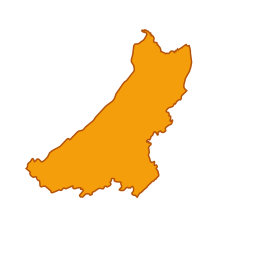 the Region of Brest, rotated 132°
{"feature_id": "BLR-2338", "entity_name": "Brest", "entity_type": "Region", "adm_level": 1, "iso_a3": "BLR", "parent_name": "Belarus", "parent_adm1": "", "projection": "robinson", "projection_center": [25.618, 52.455], "detail": "fine", "context": "isolated", "style": "filled", "palette": "amber", "viewbox_px": 256, "rotation_deg": 132, "n_neighbors": 0, "source": "natural_earth", "source_scale": "10m", "svg_char_len": 5813}
<svg xmlns="http://www.w3.org/2000/svg" viewBox="0 0 256 256"><g transform="rotate(132 128 128)"><path d="M141.7,159.3L126.5,159.1L118.7,157.5L116.6,157.5L114.5,158.1L110.3,159.8L97.4,161.4L96.4,161.4L93.6,160.8L82.1,161.6L81.1,161.8L80.1,162.7L78.4,164.6L77.7,165.8L76.6,169.6L75.3,171.0L70.0,173.8L63.0,178.7L61.2,179.0L59.9,178.0L58.6,176.7L56.8,176.2L55.6,176.1L52.4,175.3L51.3,175.3L46.8,176.2L46.2,176.5L45.7,176.8L45.2,177.6L45.1,178.1L46.6,181.4L46.7,181.9L46.5,182.8L46.1,183.0L45.6,182.7L45.5,181.9L44.1,181.4L43.5,180.5L44.2,180.5L43.2,179.1L42.8,178.3L42.6,177.5L42.9,175.9L42.8,175.3L42.3,174.9L42.3,174.5L43.0,174.3L43.6,173.7L43.1,173.0L43.0,172.7L43.6,172.3L43.5,172.0L43.0,171.3L43.3,169.9L43.7,168.9L44.5,168.2L45.5,167.7L46.4,167.0L46.9,165.7L46.0,164.8L45.3,163.7L45.9,163.2L46.1,161.9L46.6,161.7L46.6,161.4L46.3,161.3L46.6,160.6L46.7,158.8L47.0,157.7L47.9,156.1L48.5,155.3L49.2,154.9L48.7,153.9L48.1,151.7L47.7,151.0L47.7,150.3L47.5,149.6L46.5,149.2L45.7,147.9L44.8,147.5L42.7,147.5L41.8,147.3L40.5,145.3L40.7,145.1L40.8,144.4L40.7,143.9L39.9,144.5L39.1,144.0L39.0,143.7L38.3,144.3L37.9,144.2L37.5,143.9L36.9,143.7L36.2,143.9L36.4,143.3L36.4,142.9L35.5,142.8L32.6,142.0L32.0,141.5L31.3,141.7L28.0,141.0L27.0,140.5L27.4,139.5L27.2,138.7L26.7,138.1L25.9,137.6L28.1,134.3L29.0,133.2L30.8,131.5L36.5,124.8L40.6,122.2L44.7,120.3L52.4,118.6L58.5,115.4L60.4,113.7L61.0,111.2L60.9,109.4L61.8,109.3L67.9,109.7L68.8,109.4L70.2,108.4L71.2,107.9L71.6,107.9L72.1,108.0L72.7,108.9L73.6,109.2L76.1,109.5L78.3,108.9L78.7,109.1L78.9,109.7L79.1,109.8L79.3,109.9L80.2,109.5L81.3,109.2L81.8,109.2L82.4,109.3L84.4,110.4L85.0,110.9L86.0,111.3L87.2,111.4L88.3,111.4L89.4,111.2L89.9,110.9L90.1,110.6L90.1,110.2L90.0,109.3L89.4,108.5L89.4,108.1L90.2,106.6L91.4,105.9L91.5,105.5L91.4,105.1L90.7,104.3L90.7,104.2L92.2,102.8L94.2,101.8L94.5,101.5L94.6,101.3L94.5,100.9L94.4,100.8L92.6,100.5L92.5,100.3L92.4,100.2L92.8,99.7L95.0,98.7L96.1,98.5L98.9,99.6L101.3,100.1L102.9,100.1L103.6,99.8L104.4,98.6L104.8,98.2L105.2,98.1L105.5,98.1L107.2,98.5L107.9,99.0L108.5,99.9L108.7,100.7L108.4,101.7L108.7,102.0L110.6,102.6L111.2,102.7L111.7,102.5L112.2,101.7L112.6,101.2L113.2,101.2L113.4,101.3L113.5,101.5L113.4,101.7L112.8,103.4L112.7,103.8L113.0,104.5L112.8,105.4L113.0,105.6L113.3,105.8L113.9,105.9L114.2,105.9L114.9,105.5L116.7,104.9L117.3,104.9L118.5,105.1L119.2,105.1L120.3,104.4L121.9,104.0L122.3,104.0L122.5,104.7L122.6,104.8L123.1,105.2L124.6,105.6L125.2,105.5L125.7,105.1L125.8,104.6L125.6,104.3L124.8,104.0L124.5,103.7L124.4,103.1L124.5,102.9L125.1,102.6L125.2,102.4L125.2,102.2L124.3,101.6L124.1,101.2L124.0,100.8L124.2,100.5L124.4,100.2L125.0,99.9L125.4,99.8L126.2,100.0L127.1,100.1L129.0,99.5L129.5,99.0L129.5,98.7L129.7,98.3L130.6,97.4L131.6,96.2L132.1,95.8L134.5,94.7L134.9,94.2L136.0,91.7L137.5,89.6L137.9,88.5L137.9,87.8L137.4,87.1L136.8,86.6L135.6,86.3L135.4,86.2L135.3,85.8L135.6,85.4L137.3,84.3L137.9,83.8L138.0,83.3L137.8,83.0L136.8,82.4L136.5,82.1L136.5,81.9L136.8,80.9L137.2,80.3L137.5,80.2L138.8,80.1L139.4,79.8L139.5,79.4L139.9,77.3L140.1,76.8L141.4,75.0L141.9,74.2L142.7,73.4L143.0,73.2L143.4,73.1L145.1,73.3L146.9,73.0L147.4,73.2L148.0,73.5L148.4,73.6L149.5,73.4L150.3,73.5L151.0,74.0L151.5,74.2L157.9,74.6L158.9,74.4L159.9,74.3L162.3,74.8L166.2,75.0L167.4,75.2L168.6,75.7L169.8,75.6L173.3,74.9L173.1,77.5L173.4,78.0L174.1,78.8L174.3,79.3L174.4,80.7L174.3,81.1L174.0,81.4L173.5,81.6L171.4,81.7L170.6,82.1L169.6,83.0L168.8,84.1L168.4,84.9L168.3,85.3L168.7,85.8L169.2,86.0L170.0,86.1L170.8,86.0L171.1,86.1L171.4,87.0L172.3,87.6L172.5,88.6L172.8,89.0L173.7,89.3L176.8,89.4L177.4,89.6L178.9,91.0L179.7,92.4L179.8,92.8L179.8,93.1L179.6,93.2L179.0,93.3L177.1,93.2L176.5,93.2L175.8,93.5L175.1,94.3L174.3,95.9L174.1,96.1L173.4,96.5L173.2,96.7L173.3,97.4L173.7,98.0L175.7,100.6L175.9,101.0L176.1,101.9L176.5,102.6L176.3,103.0L175.0,103.9L174.9,104.1L174.9,104.3L175.0,104.6L176.4,106.2L176.8,106.3L177.1,106.2L177.9,105.5L178.5,105.1L180.4,105.0L180.6,104.7L180.9,103.5L181.1,103.1L182.7,102.8L183.1,102.9L184.4,103.5L185.6,103.9L185.8,104.1L185.9,104.5L186.1,105.5L186.5,105.9L187.1,106.1L187.8,106.1L189.2,105.7L189.5,105.7L189.8,105.8L190.1,106.1L191.2,107.8L192.4,109.2L192.9,109.4L197.5,110.5L199.6,111.4L199.9,111.4L200.3,111.2L201.1,110.3L201.6,110.3L203.2,111.2L203.3,111.4L203.3,111.7L203.0,112.3L203.1,112.9L204.6,114.8L204.9,115.0L205.3,115.2L206.9,115.4L209.3,115.4L209.8,115.7L210.8,116.9L210.9,117.1L210.9,118.0L210.6,118.8L210.2,119.0L204.5,119.3L204.2,119.6L203.9,120.5L204.0,121.0L204.9,121.6L205.1,122.0L205.1,122.3L204.9,122.4L204.0,123.1L204.3,123.5L204.9,124.2L206.9,125.8L208.8,126.9L209.0,127.2L209.4,128.1L209.4,128.6L209.0,129.2L208.2,129.9L208.1,130.2L208.8,130.7L214.7,133.5L215.0,133.9L215.1,134.7L215.4,135.3L215.7,135.6L216.0,135.7L218.4,135.7L218.9,135.9L219.3,136.2L220.0,137.5L220.5,138.1L221.8,138.5L226.4,140.7L227.0,141.3L227.2,141.6L227.2,142.1L227.0,142.5L226.4,143.4L226.3,143.8L226.5,145.1L226.4,146.7L226.7,150.7L227.0,151.0L228.5,152.3L229.6,153.0L230.0,153.5L230.0,154.0L229.8,154.6L229.4,155.1L226.7,157.9L226.6,158.5L227.0,159.7L227.0,160.4L226.8,161.4L226.4,162.4L225.7,163.4L225.7,163.6L226.3,164.2L228.0,165.5L228.2,165.9L228.3,166.8L228.3,168.5L228.2,169.1L227.8,170.0L227.3,170.7L226.5,170.8L226.1,171.7L226.3,176.6L224.7,176.5L223.8,176.9L222.6,178.0L221.5,178.4L220.6,178.4L217.8,178.1L216.0,178.5L215.0,178.6L214.4,178.2L214.6,177.2L215.3,175.9L215.4,174.9L214.1,174.7L212.9,174.8L212.0,174.7L211.3,174.2L210.9,173.0L211.0,171.5L211.1,170.2L210.8,169.3L209.5,168.8L207.6,168.4L203.5,168.3L198.9,169.6L195.8,169.2L187.1,166.1L176.9,165.9L176.3,165.6L175.7,165.0L175.6,164.4L175.7,163.9L175.7,163.5L175.2,163.3L164.4,162.9L163.1,162.4L160.1,160.3L158.7,160.1L155.5,160.2L145.6,158.7L141.7,159.3Z" fill="#f59e0b" stroke="#b45309" stroke-width="1.5"/></g></svg>